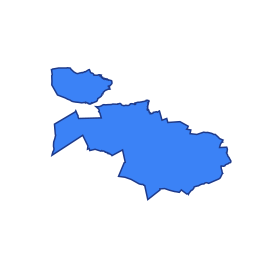 Morelos, México, Mexico (Mercator projection), rotated 154°
{"feature_id": "50627088B14737747696795", "entity_name": "Morelos", "entity_type": "district", "adm_level": 2, "iso_a3": "MEX", "parent_name": "Mexico", "parent_adm1": "México", "projection": "mercator", "projection_center": [-99.637, 19.725], "detail": "fine", "context": "isolated", "style": "filled", "palette": "blue", "viewbox_px": 256, "rotation_deg": 154, "n_neighbors": 0, "source": "geoboundaries", "source_scale": "gbopen_adm2", "svg_char_len": 5683}
<svg xmlns="http://www.w3.org/2000/svg" viewBox="0 0 256 256"><g transform="rotate(154 128 128)"><path d="M78.5,110.9L89.8,115.5L89.0,119.6L94.0,120.1L93.0,125.6L92.6,127.7L92.3,129.5L93.1,129.5L94.6,129.3L95.4,130.2L97.0,130.5L98.4,131.0L99.1,130.4L99.4,130.3L99.9,130.5L100.2,130.7L100.7,130.8L101.1,130.7L101.3,131.3L101.7,131.3L101.4,132.0L101.6,132.5L102.0,132.6L101.8,133.4L101.8,133.6L101.7,134.2L101.5,135.1L101.7,135.6L101.8,135.5L101.9,135.2L102.2,135.1L102.4,135.5L102.7,135.6L102.6,136.1L102.3,136.0L102.0,136.2L102.1,136.6L101.8,136.6L101.7,136.8L101.5,137.6L101.2,137.9L101.2,138.7L100.8,138.8L100.5,139.1L100.4,139.7L99.9,140.0L99.8,140.3L99.5,140.4L99.2,141.0L99.2,141.6L98.7,141.6L98.7,141.8L98.9,142.0L98.0,142.3L97.5,142.6L97.3,143.1L97.3,143.5L97.8,143.7L98.0,144.1L99.0,144.3L98.9,144.7L99.3,144.8L99.3,144.4L102.1,144.9L103.3,145.3L104.8,145.6L105.5,145.9L106.7,146.2L106.9,146.3L107.1,146.5L107.3,146.5L107.8,146.8L110.9,147.4L111.1,146.4L110.6,146.3L110.7,146.1L111.0,146.0L111.4,146.0L111.7,146.2L112.1,147.0L114.1,148.3L115.3,148.7L115.6,148.3L116.1,148.2L117.2,148.0L117.8,148.1L119.1,148.7L119.5,149.1L120.2,149.5L120.7,149.5L121.2,149.6L122.3,150.1L123.6,151.4L123.8,152.6L124.0,153.1L124.3,153.5L124.9,153.8L125.5,153.8L126.3,153.9L126.4,154.1L126.8,154.2L127.1,154.0L127.5,154.2L131.2,156.2L132.7,156.4L135.8,157.8L136.6,158.1L137.1,158.3L137.9,158.6L139.5,159.6L140.7,159.8L141.8,159.6L142.5,159.6L143.2,159.7L143.9,159.7L145.8,160.3L147.4,161.2L146.2,158.3L146.0,157.9L146.0,157.5L146.2,156.2L146.4,155.9L147.1,155.7L146.7,153.6L146.7,153.3L146.8,152.8L146.9,152.7L147.5,149.4L147.6,148.8L168.2,158.2L168.1,159.6L167.8,160.4L167.6,160.7L167.5,161.3L167.6,162.2L167.6,163.1L167.7,163.4L167.7,163.7L167.5,163.9L167.4,166.4L168.5,165.6L192.4,163.7L196.1,154.2L196.1,153.4L198.6,150.3L200.9,148.0L202.4,145.4L203.0,144.2L203.6,141.9L204.1,141.0L205.2,140.0L206.0,139.5L208.3,136.8L171.9,141.3L171.9,129.4L173.7,126.7L171.9,126.6L172.2,124.5L166.9,123.3L162.5,119.1L162.2,119.1L161.5,119.2L161.4,118.7L161.2,118.5L160.1,118.1L159.0,116.8L159.0,116.6L158.7,116.3L158.9,116.1L158.2,115.6L157.6,114.8L157.2,114.8L157.2,113.9L156.3,113.7L156.3,113.0L155.9,112.9L155.2,112.0L154.6,110.9L154.5,110.2L142.5,110.7L145.5,98.4L146.6,98.5L157.7,88.7L152.2,85.0L147.7,80.4L142.5,72.9L141.7,72.2L140.5,71.3L139.3,70.8L139.1,69.9L138.9,69.8L138.2,68.9L141.6,55.0L126.4,58.3L126.1,59.3L121.6,57.5L117.9,53.8L113.9,50.4L112.8,49.7L110.1,47.7L107.2,49.0L106.3,47.1L104.1,42.9L102.7,42.7L102.8,42.6L102.8,41.9L102.1,42.4L100.6,43.3L99.8,43.5L98.6,44.2L97.5,44.1L96.8,44.3L95.2,45.1L94.6,45.9L93.9,46.0L91.1,45.5L90.2,45.2L87.4,45.3L85.9,45.1L85.0,44.8L84.3,44.4L82.9,44.8L82.2,44.7L81.7,44.6L81.2,44.3L80.7,43.9L79.8,42.9L69.0,42.4L67.8,42.5L66.9,42.8L63.2,45.7L63.1,45.9L62.8,45.8L62.8,46.7L62.7,47.1L62.5,48.0L62.3,48.3L62.3,48.8L62.1,49.4L62.1,50.2L61.9,50.8L61.7,51.3L61.7,51.6L61.1,52.6L61.1,52.9L60.4,52.8L59.7,52.2L58.8,51.7L58.1,51.6L57.4,51.6L57.2,51.7L57.2,51.9L56.4,52.2L55.9,52.2L53.4,52.0L52.7,52.3L51.0,52.0L50.6,52.3L50.0,53.2L50.2,56.1L50.1,56.5L50.3,57.9L50.5,58.4L50.5,58.7L50.5,59.6L50.3,60.2L50.3,60.8L50.4,61.7L50.4,61.9L50.4,62.1L50.4,62.4L50.3,62.6L50.1,62.5L49.9,62.6L49.7,62.7L49.4,63.5L49.0,63.7L48.9,64.0L48.1,65.1L47.8,66.4L47.7,67.5L54.3,70.3L53.8,71.0L52.1,72.8L51.1,73.5L50.4,73.9L49.3,73.9L49.5,74.1L49.5,74.3L49.4,74.5L48.7,75.1L47.9,75.5L50.4,78.4L50.7,79.7L51.3,81.3L52.4,84.0L52.6,84.1L53.8,84.6L54.4,85.7L55.5,86.8L58.3,89.1L60.0,89.8L61.9,91.1L68.9,92.0L74.7,95.7L72.4,98.7L75.8,101.2L74.5,101.9L73.1,103.2L78.5,110.9ZM177.6,200.1L176.9,188.6L171.0,182.3L170.7,181.8L170.6,181.7L169.5,180.2L168.7,179.4L167.7,178.3L167.1,177.2L166.6,176.5L165.8,175.8L163.9,174.4L161.2,172.7L158.6,170.9L157.5,170.5L157.1,170.5L156.1,169.9L154.9,169.8L154.9,169.7L155.1,169.7L155.1,169.3L154.9,169.4L154.7,169.2L154.6,169.3L154.4,169.3L154.0,168.8L153.9,168.8L153.8,168.6L153.7,168.6L153.6,168.4L153.3,168.1L153.3,167.9L153.1,167.5L152.9,167.6L152.7,167.3L152.8,167.1L152.7,167.0L152.5,166.8L152.3,166.7L151.8,166.3L151.7,166.1L151.2,166.1L150.9,166.2L150.7,166.1L150.4,166.0L149.9,166.5L149.6,166.4L149.4,166.5L149.3,166.2L149.0,165.9L148.4,166.1L147.7,165.9L147.4,165.9L146.9,165.9L146.0,165.8L145.4,165.8L144.8,165.7L144.2,165.8L143.3,166.5L142.7,167.0L142.3,167.7L140.1,167.9L138.2,168.3L137.9,168.6L136.9,169.0L136.8,169.5L136.6,169.8L136.2,170.0L135.6,170.2L135.4,169.9L135.1,170.3L134.3,171.1L133.9,171.2L133.5,171.1L132.3,171.7L129.8,171.6L128.5,171.5L128.0,171.1L127.1,170.9L127.2,171.7L127.4,172.0L127.2,172.4L126.9,172.4L126.6,173.0L127.5,173.9L127.3,174.3L126.7,174.1L125.8,174.0L125.1,174.1L123.2,174.9L122.6,175.5L122.3,177.1L122.0,177.2L122.0,177.4L122.2,177.9L123.7,179.2L124.2,179.6L124.3,179.7L124.5,179.6L124.6,179.9L125.2,180.3L125.0,180.7L125.0,180.9L125.4,180.9L125.7,180.7L125.9,180.8L125.9,181.5L127.0,181.7L126.7,182.2L128.0,182.6L127.8,182.8L127.6,182.8L127.6,183.1L128.5,183.3L128.4,183.6L128.5,184.0L129.2,184.0L129.4,184.5L129.5,185.5L129.4,185.5L129.7,185.8L129.3,186.2L129.5,186.5L129.3,186.7L129.6,186.9L129.3,187.1L130.1,187.3L129.5,187.8L130.1,188.2L131.3,188.6L131.2,188.7L131.5,188.8L131.9,188.7L132.8,189.0L134.8,190.1L135.4,190.3L135.3,191.0L135.5,192.1L136.0,192.9L136.9,193.5L137.3,194.5L137.1,197.4L137.9,197.6L139.9,197.4L141.6,197.2L142.4,197.6L143.5,197.5L144.8,197.7L144.9,198.0L146.7,198.4L147.1,198.6L148.2,198.7L149.5,199.0L150.5,199.8L152.2,202.3L152.3,202.6L152.9,204.4L153.5,205.5L153.5,207.0L154.6,207.8L156.3,208.8L156.8,208.8L164.0,212.3L170.2,214.1L170.9,213.6L171.1,213.5L171.3,213.7L172.7,209.1L173.6,208.5L175.8,203.5L177.6,200.1Z" fill="#3b82f6" stroke="#1e3a8a" stroke-width="1.5"/></g></svg>